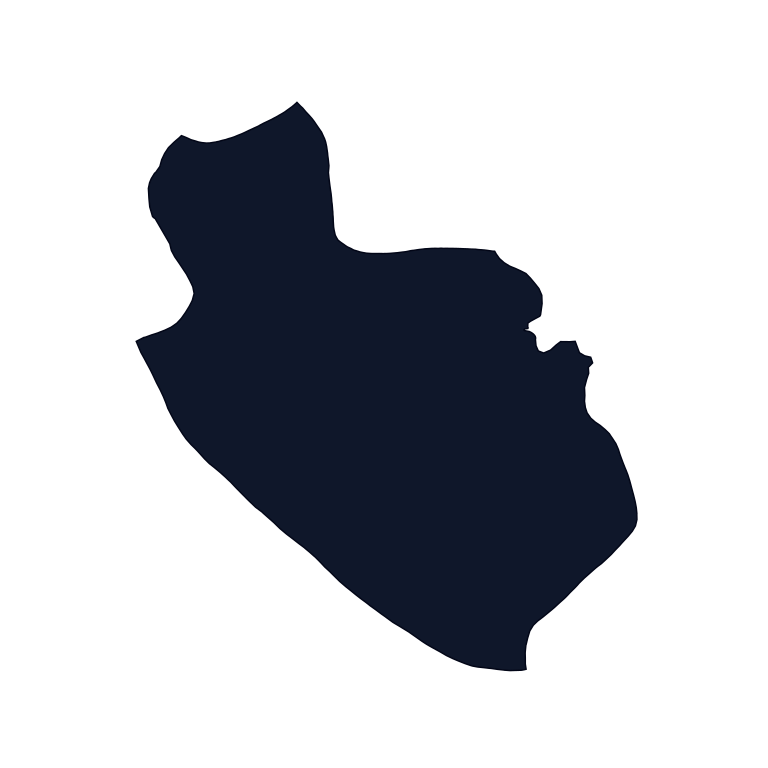 Ad Dulay'ah, Hadramawt, Yemen, rotated 16°
{"feature_id": "15242507B8260286715328", "entity_name": "Ad Dulay'ah", "entity_type": "district", "adm_level": 2, "iso_a3": "YEM", "parent_name": "Yemen", "parent_adm1": "Hadramawt", "projection": "albers", "projection_center": [47.896, 15.014], "detail": "fine", "context": "isolated", "style": "filled", "palette": "ink", "viewbox_px": 768, "rotation_deg": 16, "n_neighbors": 0, "source": "geoboundaries", "source_scale": "gbopen_adm2", "svg_char_len": 5930}
<svg xmlns="http://www.w3.org/2000/svg" viewBox="0 0 768 768"><g transform="rotate(16 384 384)"><path d="M453.7,225.9L452.3,226.3L450.9,226.5L449.5,226.7L446.5,227.1L445.2,227.3L443.4,227.6L440.4,228.2L440.0,228.3L437.6,228.8L434.4,229.3L433.4,229.6L430.7,230.3L427.1,231.1L423.5,232.0L420.2,232.8L417.0,233.6L415.5,234.0L413.6,234.5L410.1,235.5L406.9,236.3L405.8,236.6L404.1,237.2L401.7,237.7L401.3,237.8L398.6,238.8L398.1,238.9L395.8,239.5L392.6,240.5L390.9,241.1L388.7,241.9L386.1,242.8L383.3,244.0L380.8,245.0L378.2,246.2L375.6,247.4L375.0,247.6L372.9,248.5L370.3,249.9L367.9,251.1L365.4,252.1L361.0,254.0L360.8,254.1L356.3,255.8L353.7,256.8L351.1,257.7L347.2,258.9L343.4,259.9L339.6,261.0L336.5,261.9L335.3,262.2L331.1,263.1L327.2,263.5L325.8,263.6L324.2,263.7L322.5,263.6L320.6,263.6L318.0,263.6L317.1,263.4L315.0,262.9L311.0,262.3L308.8,261.6L306.6,260.8L304.2,260.0L302.8,259.5L300.0,258.3L298.0,256.4L296.5,254.8L296.0,254.2L294.2,250.9L293.6,249.8L292.3,247.0L290.3,241.4L289.6,239.2L288.8,236.9L288.2,235.4L287.3,232.6L286.6,230.9L285.5,227.9L284.5,225.3L283.4,222.8L282.4,220.0L280.5,215.3L279.3,212.7L277.2,208.0L275.2,203.3L274.7,202.1L274.2,200.9L272.6,196.9L272.3,196.2L271.4,191.7L271.0,189.9L270.8,189.1L270.5,188.4L269.8,186.7L268.8,184.2L268.6,183.7L267.7,181.6L267.0,180.0L266.5,178.7L266.1,177.6L265.5,176.3L263.4,171.6L261.2,167.5L259.3,164.7L257.3,162.4L254.5,159.1L251.3,156.5L248.5,154.2L248.0,153.8L244.8,151.1L243.5,150.1L241.6,148.7L238.0,146.4L233.8,143.9L229.8,141.2L227.0,139.8L222.7,137.3L222.0,138.5L219.1,142.9L218.6,143.5L215.6,147.3L213.6,149.9L211.2,152.5L209.2,154.5L208.1,155.7L206.2,157.6L205.4,158.3L204.7,159.0L203.2,160.5L202.2,161.4L199.5,163.8L196.3,166.6L195.4,167.5L193.6,169.2L192.5,170.4L191.4,171.4L188.2,174.1L187.9,174.4L184.4,177.4L180.6,180.8L179.3,181.9L178.5,182.6L175.1,185.2L173.1,186.8L172.4,187.4L169.4,189.5L167.1,190.9L164.5,192.7L161.6,194.3L160.1,195.2L158.4,196.3L156.6,197.2L155.8,197.7L152.9,199.0L150.6,200.1L149.9,200.4L147.4,201.2L146.7,201.4L144.0,201.9L142.8,202.1L142.1,202.2L139.0,202.5L136.0,202.4L134.2,202.4L133.0,202.4L131.1,202.4L128.1,201.9L125.1,201.5L122.1,201.2L120.8,201.1L119.2,203.9L117.0,207.2L115.4,209.7L111.7,216.2L109.6,222.9L108.5,229.7L108.6,236.1L108.6,236.7L107.9,238.7L106.2,243.6L105.4,244.6L103.7,250.7L103.2,255.1L103.6,260.9L107.1,270.9L110.0,278.3L115.3,286.7L116.6,287.5L118.5,288.1L139.5,308.3L141.7,312.3L142.9,314.3L147.8,319.4L153.2,323.8L158.4,328.2L159.9,329.5L163.8,332.8L168.8,338.0L170.7,340.1L173.4,343.2L176.6,349.4L176.6,351.6L176.7,356.4L176.2,359.2L175.4,363.1L173.5,369.9L171.2,376.5L170.5,378.0L168.1,382.7L163.7,388.1L158.5,392.7L154.0,396.1L153.0,396.9L152.9,397.0L149.8,399.1L147.2,400.8L142.4,404.3L141.4,405.0L140.4,405.4L134.1,411.3L141.6,420.6L142.9,421.9L145.5,424.5L146.8,425.8L149.5,428.6L154.3,433.5L155.9,435.2L159.6,439.3L164.9,445.4L170.5,451.3L175.4,456.9L176.5,458.3L179.4,462.0L181.5,464.9L182.9,466.9L184.2,468.3L187.5,471.8L192.6,477.1L194.0,478.4L198.2,482.2L203.5,486.9L204.3,487.6L208.9,491.3L210.9,492.6L215.3,495.4L219.4,497.6L220.3,498.1L223.4,499.9L225.8,501.4L232.0,505.3L232.5,505.6L238.2,508.7L243.6,510.9L249.5,513.5L250.8,514.1L256.8,517.0L260.4,518.9L263.6,520.5L268.6,523.5L271.7,525.3L279.7,529.8L284.7,532.6L287.3,534.0L294.7,537.9L301.9,540.6L303.6,541.5L308.4,543.8L316.2,547.5L323.8,551.6L331.4,555.0L333.4,555.8L338.8,557.9L346.0,560.8L351.3,562.8L352.6,563.3L353.8,563.9L358.6,566.0L364.2,568.7L365.8,569.4L372.7,573.3L377.5,576.2L381.1,578.0L383.7,579.3L387.1,581.2L389.3,582.4L395.7,585.9L403.5,589.5L409.1,591.8L414.9,594.3L420.6,596.6L424.9,598.2L426.3,598.7L429.8,600.1L431.4,600.8L438.4,603.3L445.0,605.8L449.6,607.4L451.4,608.1L458.2,610.6L460.0,611.1L464.6,612.3L470.8,614.0L476.2,615.5L480.2,616.9L483.4,618.0L490.0,620.3L491.1,620.7L494.6,621.8L496.6,622.4L499.7,623.2L504.3,624.3L510.1,625.6L512.3,626.1L518.9,627.8L526.1,629.0L531.9,629.7L539.1,630.4L545.3,630.7L546.0,630.7L546.8,630.7L552.0,630.2L558.2,629.1L563.7,628.2L565.1,627.9L571.7,627.0L578.1,625.9L578.4,625.9L584.2,624.7L587.9,623.5L589.5,623.0L595.1,621.2L597.5,620.0L599.2,619.0L597.0,614.2L595.3,608.3L593.9,603.9L593.6,602.6L592.4,596.1L592.4,594.7L592.1,588.7L592.2,581.2L592.7,579.4L594.0,574.7L596.2,570.9L597.0,569.5L600.9,564.3L602.7,561.7L605.6,557.5L607.7,554.4L609.5,551.7L613.2,545.6L616.3,540.7L617.3,539.0L618.8,536.2L620.2,533.4L623.9,526.8L625.3,524.1L626.4,521.7L629.9,515.5L634.0,509.1L636.9,504.5L638.2,502.5L639.9,500.1L642.5,496.7L645.9,491.1L649.4,485.2L652.1,479.8L655.0,474.4L656.4,471.4L657.5,469.2L658.3,467.6L660.6,463.1L662.7,458.3L663.3,456.9L664.8,451.1L664.5,444.6L662.9,439.5L662.8,438.9L660.6,433.4L658.2,428.6L657.3,426.9L654.2,421.5L654.0,421.2L650.2,414.9L648.6,412.2L646.9,409.4L644.2,405.3L643.4,404.1L640.9,400.8L639.8,399.4L639.2,398.7L635.5,393.9L632.1,389.3L631.1,387.9L629.8,386.1L627.4,382.4L625.7,380.3L623.2,377.3L622.0,376.3L618.9,373.6L616.0,371.2L614.3,369.7L609.5,367.1L608.9,366.8L603.3,364.3L597.5,362.4L592.2,359.9L587.2,355.8L586.9,355.4L584.0,351.1L582.4,347.4L581.5,345.4L580.2,339.6L578.5,334.5L577.7,332.2L577.5,323.8L577.8,317.3L575.8,311.6L578.7,306.2L577.7,304.7L575.3,301.3L569.1,301.6L566.8,301.0L563.3,300.1L562.2,298.7L559.9,295.6L556.0,290.3L550.6,292.3L550.1,292.4L542.1,294.6L538.8,299.0L534.7,305.6L532.9,307.0L529.0,310.2L527.5,310.1L523.2,309.7L519.8,305.6L519.6,305.4L518.5,302.6L517.3,299.5L517.1,298.0L516.3,296.6L515.3,295.7L513.8,294.8L511.7,294.0L509.3,293.5L506.1,293.8L504.2,293.9L503.6,293.4L503.6,292.9L504.3,292.2L507.0,291.0L507.0,290.2L506.4,289.4L505.5,285.8L507.4,283.4L511.5,279.3L514.2,276.7L515.1,275.8L515.4,274.3L513.8,263.2L511.2,255.2L506.6,249.6L501.3,245.8L499.1,244.3L495.4,241.8L493.6,240.8L490.0,238.7L484.2,237.6L482.8,237.4L478.2,236.7L474.2,236.3L472.0,236.0L466.0,234.3L460.8,231.8L460.4,231.6L456.0,228.1L453.8,225.9L453.7,225.9Z" fill="#0f172a" stroke="#020617" stroke-width="1.5"/></g></svg>